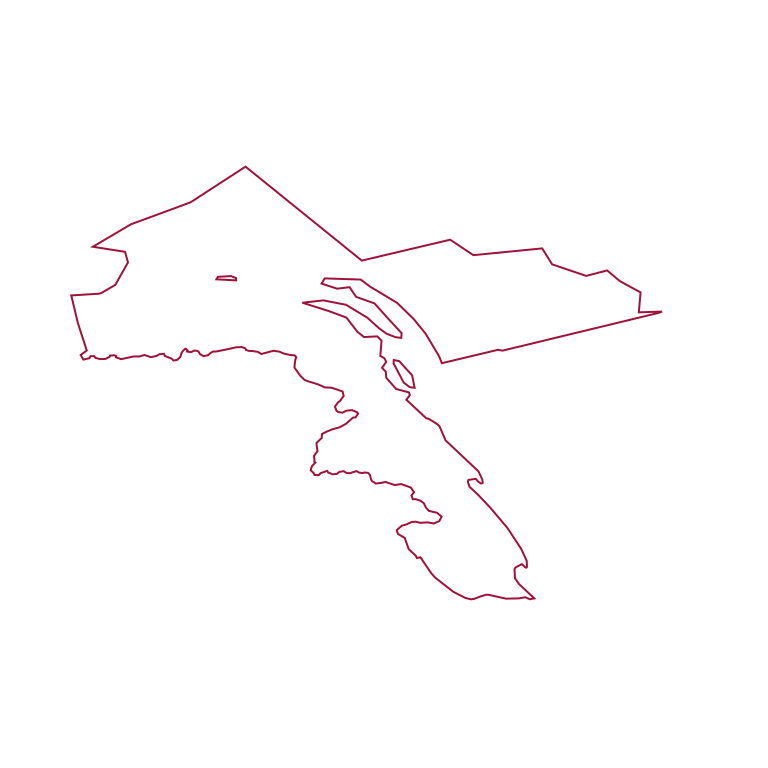 outline of Haines, Alaska, United States of America, rotated 346°
{"feature_id": "52423323B20306178640915", "entity_name": "Haines", "entity_type": "district", "adm_level": 2, "iso_a3": "USA", "parent_name": "United States of America", "parent_adm1": "Alaska", "projection": "equal_earth", "projection_center": [-135.589, 58.96], "detail": "fine", "context": "isolated", "style": "outline", "palette": "rose", "viewbox_px": 768, "rotation_deg": 346, "n_neighbors": 0, "source": "geoboundaries", "source_scale": "gbopen_adm2", "svg_char_len": 3502}
<svg xmlns="http://www.w3.org/2000/svg" viewBox="0 0 768 768"><g transform="rotate(346 384 384)"><path d="M302.2,139.6L240.3,160.9L177.1,167.8L134.7,180.4L164.7,193.1L165.0,204.1L147.3,222.8L132.3,227.2L129.6,227.5L102.0,222.4L101.7,250.6L103.7,279.6L96.7,282.5L98.3,287.6L104.4,287.7L106.1,286.0L109.6,286.9L110.4,288.9L114.5,291.1L119.8,292.3L124.3,291.2L125.2,290.1L127.1,290.6L128.9,290.7L131.0,292.1L130.4,293.3L134.9,296.3L141.4,296.5L147.8,296.7L153.3,298.1L158.6,297.9L164.2,301.5L170.1,301.8L173.3,300.8L177.8,301.4L178.1,303.7L184.2,308.1L185.4,310.3L189.0,310.6L192.7,308.7L195.4,304.5L197.4,302.9L199.7,301.7L200.6,302.4L201.5,303.8L200.7,304.8L204.3,306.4L208.0,305.7L210.9,306.7L212.1,308.2L212.6,310.4L215.6,313.3L220.3,313.5L223.1,312.0L226.2,311.1L228.4,311.8L233.4,312.1L243.0,312.5L249.3,312.6L254.9,313.7L258.1,315.9L258.4,317.7L261.0,319.2L264.9,320.4L269.2,322.2L272.3,325.2L279.5,325.1L284.7,325.0L290.1,327.2L294.6,330.5L300.5,333.4L304.3,334.6L305.4,336.8L304.0,338.6L302.2,343.1L301.1,346.4L304.8,355.8L307.9,360.8L311.1,363.1L316.0,366.0L320.5,368.8L325.8,373.0L331.7,374.7L336.1,377.3L342.0,381.3L342.0,385.8L337.3,389.8L335.1,390.6L330.9,394.1L331.5,398.5L332.9,400.2L336.7,401.8L340.9,400.8L346.6,401.6L350.9,404.7L351.7,406.5L348.3,409.5L345.8,409.1L337.5,413.4L330.4,415.3L323.9,415.4L317.0,416.3L311.8,417.5L310.5,421.3L304.2,424.9L303.6,429.1L303.3,432.9L298.5,437.0L298.4,439.5L297.6,442.6L298.4,443.6L296.6,444.8L294.1,446.3L292.0,449.9L294.5,454.0L294.5,455.4L298.6,456.7L300.8,455.2L307.8,454.5L308.5,456.5L312.6,459.3L316.5,459.8L319.4,458.5L323.7,458.8L326.2,461.3L329.5,462.4L331.3,462.1L336.3,461.9L338.5,464.0L341.7,465.3L343.5,465.1L347.1,466.4L348.4,469.0L348.3,472.6L348.8,475.2L351.9,478.6L357.7,479.3L361.7,479.4L365.2,481.6L370.0,484.6L376.6,485.3L381.2,488.4L384.9,490.9L387.0,496.3L383.7,498.8L384.1,502.8L387.1,503.5L391.4,506.3L393.9,509.5L394.7,513.8L396.8,517.9L404.3,521.8L407.8,526.6L404.5,530.4L398.6,531.4L392.8,528.8L385.7,527.5L381.2,525.2L377.5,524.6L371.7,525.7L367.1,525.8L361.0,528.9L361.3,532.9L366.9,538.4L368.0,550.2L373.3,558.3L373.9,560.9L377.4,560.9L384.1,579.1L386.7,584.1L400.9,602.3L411.2,611.3L416.2,613.9L419.0,614.3L427.1,613.4L432.2,613.2L434.2,613.7L450.5,621.8L462.8,624.6L469.5,625.1L473.4,628.1L478.0,628.4L466.5,610.6L464.1,604.2L465.8,595.3L467.3,593.8L474.2,592.1L476.7,596.1L477.7,596.6L478.5,596.0L479.7,590.0L477.2,577.1L468.9,553.5L457.3,529.9L448.3,513.9L442.1,504.4L441.7,499.2L442.8,497.5L450.1,498.2L451.5,501.1L453.7,503.7L454.6,504.1L455.8,503.9L456.3,500.6L454.5,491.6L430.1,453.6L427.6,438.4L426.0,435.9L419.3,428.9L416.6,427.3L401.9,404.7L406.4,401.0L406.2,398.2L394.6,391.8L387.7,378.5L388.7,372.5L386.0,367.8L391.5,363.1L390.5,358.9L387.2,355.9L392.1,341.3L389.0,336.2L376.0,333.6L370.8,326.9L363.6,310.5L348.6,300.2L324.5,285.4L345.4,288.2L366.4,298.0L383.9,315.7L392.6,328.6L398.8,336.0L406.6,341.4L411.9,343.4L413.4,339.0L403.9,321.6L394.2,303.4L378.0,292.7L374.0,281.7L361.7,280.2L347.7,271.5L352.0,267.2L386.6,277.0L394.1,286.2L416.4,308.5L428.6,328.3L436.5,345.1L444.1,370.2L445.2,377.8L503.0,378.4L507.0,380.3L667.9,381.4L671.3,381.0L648.6,376.1L655.1,357.2L637.7,341.2L628.0,327.8L606.3,328.0L576.1,308.6L570.3,290.7L501.9,280.6L483.1,260.0L392.3,258.9L302.2,139.6ZM246.7,241.9L248.7,239.8L261.7,242.3L266.0,245.4L265.6,247.7L246.7,241.9ZM399.3,363.1L398.3,366.2L403.4,387.3L408.2,393.3L412.8,395.1L413.4,382.5L404.3,365.5L399.3,363.1Z" fill="none" stroke="#9f1239" stroke-width="2"/></g></svg>